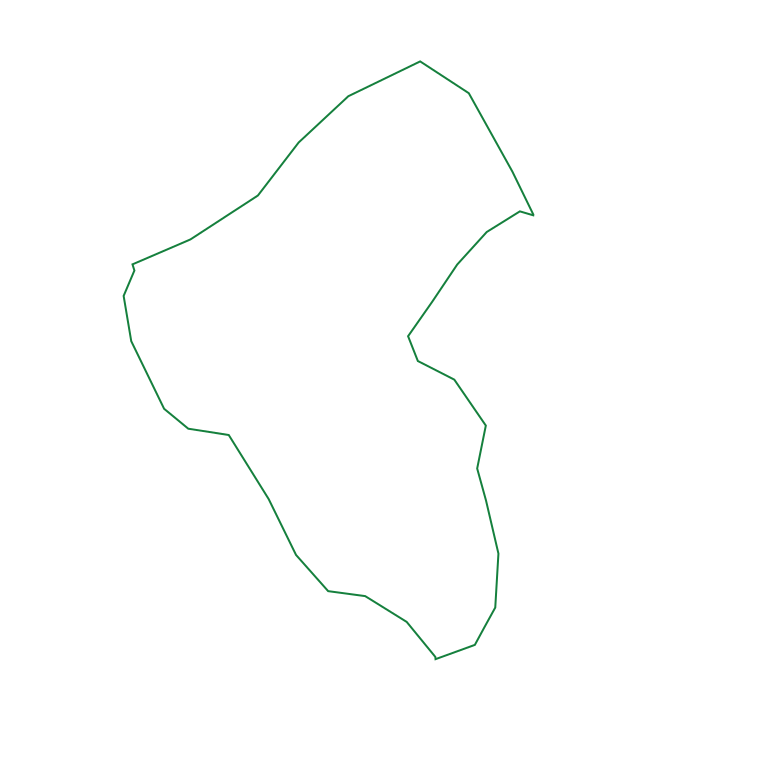 outline of Mölndal, Västra Götaland, Sweden, rotated 64°
{"feature_id": "70781695B68601782286735", "entity_name": "Mölndal", "entity_type": "district", "adm_level": 2, "iso_a3": "SWE", "parent_name": "Sweden", "parent_adm1": "Västra Götaland", "projection": "orthographic", "projection_center": [12.149, 57.629], "detail": "fine", "context": "isolated", "style": "outline", "palette": "green", "viewbox_px": 768, "rotation_deg": 64, "n_neighbors": 0, "source": "geoboundaries", "source_scale": "gbopen_adm2", "svg_char_len": 621}
<svg xmlns="http://www.w3.org/2000/svg" viewBox="0 0 768 768"><g transform="rotate(64 384 384)"><path d="M653.9,458.3L658.3,416.7L647.3,401.3L633.7,382.0L586.6,355.5L533.5,343.4L500.8,337.3L466.0,310.7L410.9,318.9L378.2,343.5L351.6,341.4L331.2,304.6L308.7,265.8L292.4,225.0L288.4,186.2L297.8,175.9L297.2,175.5L249.5,175.5L159.8,180.3L109.9,210.1L109.7,289.9L129.5,354.8L159.3,414.7L169.2,494.6L166.2,557.6L172.6,558.6L190.7,579.4L234.7,592.4L309.9,592.5L338.4,579.5L361.8,545.9L436.9,538.1L499.1,538.0L545.7,525.0L566.4,493.9L607.8,467.9L651.8,457.5L653.9,458.3Z" fill="none" stroke="#15803d" stroke-width="2"/></g></svg>